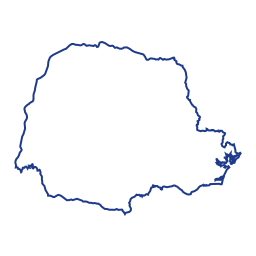 the State of Paraná
{"feature_id": "BRA-613", "entity_name": "Paraná", "entity_type": "State", "adm_level": 1, "iso_a3": "BRA", "parent_name": "Brazil", "parent_adm1": "", "projection": "natural_earth1", "projection_center": [-50.532, -24.613], "detail": "fine", "context": "isolated", "style": "outline", "palette": "blue", "viewbox_px": 256, "rotation_deg": 0, "n_neighbors": 0, "source": "natural_earth", "source_scale": "10m", "svg_char_len": 5878}
<svg xmlns="http://www.w3.org/2000/svg" viewBox="0 0 256 256"><path d="M23.4,134.3L25.1,128.6L24.6,123.2L24.9,121.9L26.7,118.8L27.0,117.5L27.0,116.3L26.3,114.1L25.2,112.4L24.4,108.9L24.8,107.6L25.6,106.5L27.5,104.8L28.9,104.0L29.8,103.0L32.5,101.4L33.2,100.7L33.5,98.9L33.5,95.2L33.8,93.5L34.9,90.3L35.2,87.8L36.7,81.7L36.8,79.9L37.5,79.1L40.5,77.8L44.2,75.1L45.2,73.8L48.0,66.0L48.3,62.4L48.6,60.9L49.9,57.7L51.0,56.4L53.5,54.7L64.2,49.4L66.0,48.8L69.7,45.3L71.8,44.0L73.7,44.0L75.6,44.8L77.1,44.8L80.5,45.4L81.3,45.2L83.3,44.0L84.5,44.2L86.5,45.8L89.1,45.3L93.6,46.0L94.9,45.1L96.1,45.7L97.0,47.0L97.9,46.8L98.4,46.2L99.6,42.8L100.4,42.3L102.1,42.0L105.0,43.1L108.8,45.6L110.3,46.0L112.5,45.7L113.2,46.0L114.9,47.8L116.8,47.4L119.4,48.6L121.4,48.8L122.6,48.4L124.1,47.5L127.0,47.4L129.8,48.9L132.7,51.0L135.1,52.1L143.0,54.3L143.8,54.9L145.2,57.0L146.3,59.3L147.0,59.8L148.4,59.7L150.1,58.6L150.8,58.4L154.6,58.9L155.9,59.5L158.2,59.3L158.6,59.5L159.6,58.2L160.1,58.0L160.7,58.2L162.8,59.7L163.3,59.7L163.8,59.1L164.3,59.0L166.2,59.6L169.1,59.3L172.4,58.0L173.4,58.4L173.5,57.7L174.1,57.7L174.5,58.7L174.4,59.7L174.7,60.2L176.3,61.1L176.5,61.6L176.4,62.7L177.0,63.7L177.4,64.0L179.2,64.4L181.3,65.6L182.5,65.7L182.8,67.2L184.7,69.7L185.8,72.3L186.6,77.8L185.2,82.7L186.1,83.9L186.2,86.1L186.9,88.0L187.5,89.2L188.6,90.3L188.7,90.9L188.2,95.5L187.8,96.4L187.1,96.7L187.2,97.9L188.2,98.7L188.8,99.8L189.4,100.2L190.0,100.1L190.0,100.9L190.7,102.4L192.2,104.9L192.8,105.2L193.7,106.5L195.5,107.4L196.3,108.9L196.1,112.0L197.1,112.8L198.0,115.4L199.7,116.5L200.0,117.2L199.6,118.1L199.1,118.7L199.5,119.5L199.4,120.0L197.5,121.2L197.6,121.6L198.3,122.2L198.0,123.2L198.0,124.3L197.8,124.6L196.9,124.6L196.7,125.1L196.7,126.0L197.3,127.3L197.1,129.1L197.4,130.1L200.7,131.2L202.6,130.6L204.5,131.1L205.8,130.9L206.7,130.2L206.6,128.8L207.3,129.1L208.3,130.3L209.2,130.5L212.8,130.3L212.6,130.0L213.4,130.0L215.1,131.4L215.7,131.1L217.7,131.1L218.1,130.9L218.3,130.5L218.7,130.5L219.0,131.6L219.4,131.7L220.8,130.7L221.9,130.8L222.9,132.2L224.9,133.1L225.1,133.4L224.4,135.2L223.2,136.1L223.1,136.4L223.3,138.9L222.7,139.7L222.6,140.3L222.7,141.6L222.6,142.6L221.5,144.0L222.3,146.1L224.3,147.3L224.7,147.3L225.3,146.0L226.0,145.3L226.0,143.5L227.4,142.2L228.4,142.8L229.4,142.9L230.0,143.6L230.3,144.4L232.1,144.6L232.3,145.2L232.7,145.3L233.9,144.4L235.4,150.0L235.4,151.7L235.6,152.3L236.6,153.0L238.6,153.6L239.2,153.6L240.1,152.8L240.6,153.3L239.2,155.6L238.6,157.3L236.0,159.1L235.0,161.0L234.5,162.7L234.0,162.8L233.4,162.3L233.1,161.5L234.1,157.8L234.8,157.0L237.4,155.4L236.9,155.0L235.8,155.8L233.9,156.2L233.2,157.0L232.0,155.8L232.0,156.9L231.5,157.9L230.8,158.6L230.3,158.6L230.8,157.2L230.3,157.4L230.2,157.0L230.6,153.3L229.3,155.0L229.0,155.0L229.7,155.9L229.2,156.4L227.8,155.5L226.9,153.8L226.9,154.7L226.1,154.1L227.1,157.2L224.7,157.5L224.7,157.8L226.5,158.2L226.8,158.6L226.2,159.0L226.1,159.5L226.3,159.7L226.8,159.5L227.5,160.7L227.4,161.5L226.4,161.7L225.9,163.2L225.5,163.4L224.7,163.2L224.0,162.3L223.3,162.6L222.6,162.3L222.4,162.8L222.0,162.9L220.0,162.2L218.3,160.9L216.3,158.4L217.1,161.3L217.9,162.0L218.3,162.9L218.1,163.3L216.7,163.1L217.4,164.3L220.5,164.3L220.2,164.8L219.7,164.5L219.3,165.1L220.6,165.7L220.9,166.2L221.3,165.6L222.6,165.6L223.8,165.0L225.6,166.2L224.5,167.4L225.2,167.7L226.1,166.5L227.8,166.7L228.4,166.2L229.3,167.4L226.9,169.5L223.9,175.6L223.9,176.7L223.1,178.6L222.5,178.5L222.0,177.7L221.6,177.5L221.8,176.7L221.0,176.9L220.4,177.5L221.4,178.0L221.8,178.9L221.7,179.0L219.3,178.6L216.2,178.9L215.3,179.5L215.4,180.3L216.2,179.8L221.8,179.8L222.3,179.5L222.6,180.5L221.7,184.2L220.2,184.3L219.4,183.8L210.2,184.1L209.7,184.9L209.2,185.3L207.3,185.5L206.3,185.0L205.8,185.7L205.1,185.4L204.0,185.7L203.8,184.8L203.5,184.7L202.5,185.3L200.1,186.2L198.8,187.4L197.3,189.4L194.6,191.1L191.8,192.0L191.3,192.5L190.7,194.2L188.5,194.5L187.1,194.2L184.6,193.0L182.7,191.6L182.2,190.5L179.5,188.7L177.2,186.6L175.7,186.1L175.1,185.6L173.5,185.5L172.3,186.2L166.7,187.2L164.8,186.6L163.2,186.6L162.0,187.7L162.1,189.3L161.7,189.6L160.8,189.2L160.2,187.6L158.3,187.1L157.5,186.1L154.7,186.0L153.1,185.3L152.9,185.7L154.2,186.8L151.5,187.5L151.1,187.9L150.2,191.0L148.6,193.2L148.0,194.7L147.1,194.2L146.3,194.2L144.6,195.5L143.0,195.4L142.2,196.5L141.6,195.1L141.0,195.1L140.3,196.0L139.1,194.8L137.3,195.1L136.6,194.7L134.6,196.7L131.8,197.9L130.5,199.3L130.2,201.1L129.1,202.9L129.9,204.2L129.5,205.6L130.9,208.5L130.9,210.0L130.4,210.9L129.3,211.9L125.8,212.8L125.4,213.0L124.9,214.0L123.7,211.9L122.7,211.1L122.4,209.9L122.0,209.6L118.2,209.9L116.8,209.0L114.9,209.8L109.2,209.7L107.0,209.0L104.7,208.9L101.2,206.2L100.5,205.0L98.1,203.6L97.2,203.7L94.6,203.0L93.2,203.3L91.1,202.8L89.3,202.8L86.3,201.5L83.0,201.5L82.5,200.9L82.0,200.6L77.0,198.8L72.7,200.1L71.2,199.5L69.3,200.1L66.9,200.2L61.1,195.8L58.6,194.9L57.7,195.1L54.4,197.0L53.1,197.0L51.9,196.3L49.8,195.6L48.1,195.7L47.9,194.0L45.6,190.2L44.5,186.2L42.2,183.4L42.3,181.8L41.9,179.6L41.9,176.4L40.4,174.1L40.3,173.6L40.6,172.6L39.9,170.2L39.5,169.8L38.2,170.6L37.5,170.7L37.1,168.8L36.4,167.5L35.3,167.0L34.5,167.3L33.5,166.5L33.3,166.9L33.4,168.2L33.3,168.4L33.0,168.4L32.1,167.4L32.0,166.6L32.7,164.5L32.3,164.2L30.7,165.9L29.0,165.7L29.8,167.8L28.0,167.6L27.6,168.5L26.6,166.8L26.1,166.6L25.3,166.7L24.4,167.8L23.1,167.6L22.8,167.8L22.6,168.2L22.5,169.4L21.4,170.4L21.6,171.7L21.1,172.2L20.8,171.5L20.6,170.3L20.2,169.6L18.9,168.8L18.2,169.0L17.7,167.5L17.2,167.3L15.8,167.5L16.1,165.5L15.4,163.0L15.4,161.7L15.8,160.2L16.6,158.7L17.6,157.7L19.0,155.3L19.8,152.6L21.3,150.7L21.6,150.0L21.5,149.2L20.3,146.9L20.4,145.4L22.2,136.5L23.4,134.3ZM230.7,159.7L232.5,158.2L233.0,158.2L233.1,158.9L232.5,161.4L232.6,162.2L232.9,163.0L231.7,164.0L231.1,163.9L230.6,163.1L230.7,162.1L230.1,161.4L230.1,160.7L230.7,159.7Z" fill="none" stroke="#1e3a8a" stroke-width="2"/></svg>